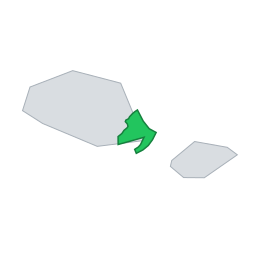 Malta, with Mellieħa highlighted, rotated 158°
{"feature_id": "MLT-5925", "entity_name": "Mellieħa", "entity_type": "state/province", "adm_level": 1, "iso_a3": "MLT", "parent_name": "Malta", "parent_adm1": "", "projection": "orthographic", "projection_center": [14.362, 35.96], "detail": "fine", "context": "in_parent", "style": "filled", "palette": "green", "viewbox_px": 256, "rotation_deg": 158, "n_neighbors": 0, "source": "natural_earth", "source_scale": "10m", "svg_char_len": 723}
<svg xmlns="http://www.w3.org/2000/svg" viewBox="0 0 256 256"><g transform="rotate(158 128 128)"><path d="M219.3,183.6L203.5,202.7L157.8,201.9L118.0,172.3L117.5,110.3L163.4,122.5L205.4,164.1L219.3,183.6ZM99.6,81.5L71.3,90.5L43.2,72.9L36.7,62.2L75.9,53.3L95.0,61.2L103.1,76.5L99.6,81.5Z" fill="#d9dde1" stroke="#a8b0b8" stroke-width="1"/><path d="M112.5,141.2L111.3,128.6L108.6,119.4L103.6,113.3L109.6,108.0L115.7,104.2L122.3,102.1L129.8,101.4L129.8,105.7L125.5,106.5L122.7,107.9L116.6,113.4L143.3,116.4L140.4,123.8L135.7,125.2L132.6,127.3L128.8,128.5L127.4,129.5L127.1,132.1L128.1,134.9L127.1,136.1L124.0,136.4L122.4,137.8L118.6,139.6L115.5,140.6L112.5,141.2Z" fill="#22c55e" stroke="#15803d" stroke-width="1.5"/></g></svg>